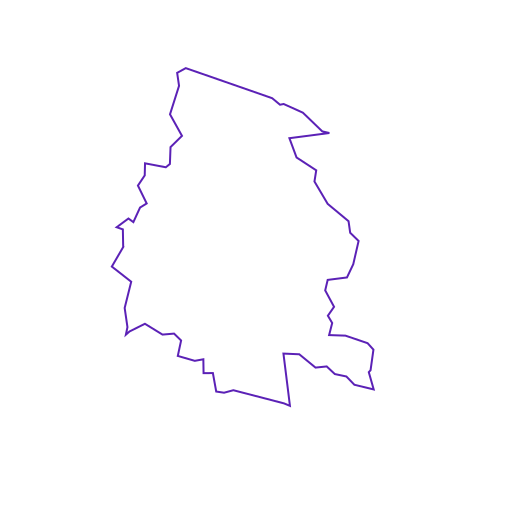 Logan, West Virginia, United States of America (Natural Earth projection), rotated 38°
{"feature_id": "52423323B11034045930208", "entity_name": "Logan", "entity_type": "district", "adm_level": 2, "iso_a3": "USA", "parent_name": "United States of America", "parent_adm1": "West Virginia", "projection": "natural_earth1", "projection_center": [-81.913, 37.833], "detail": "fine", "context": "isolated", "style": "outline", "palette": "violet", "viewbox_px": 512, "rotation_deg": 38, "n_neighbors": 0, "source": "geoboundaries", "source_scale": "gbopen_adm2", "svg_char_len": 1085}
<svg xmlns="http://www.w3.org/2000/svg" viewBox="0 0 512 512"><g transform="rotate(38 256 256)"><path d="M85.0,151.2L81.1,160.2L90.6,169.3L101.0,197.3L123.7,206.9L121.6,222.8L131.5,236.5L130.3,241.6L111.5,251.3L118.7,261.0L119.6,273.2L137.5,281.9L134.8,289.2L138.5,304.8L132.4,305.0L128.5,319.1L134.7,317.0L145.5,330.3L145.8,330.4L148.9,353.1L173.5,353.1L184.5,377.8L198.5,391.2L201.9,398.1L202.8,393.3L210.2,377.8L230.7,375.5L239.2,367.6L249.0,368.7L255.9,382.9L272.3,376.3L278.1,369.8L286.8,380.6L294.1,374.8L308.1,387.3L315.0,383.4L320.8,375.7L368.8,354.9L375.0,353.2L364.6,342.8L337.7,316.0L350.6,306.8L371.6,307.3L379.7,299.5L390.8,300.5L401.4,295.3L412.8,296.9L430.9,288.7L416.4,278.1L416.6,275.5L406.2,257.5L397.6,256.0L375.5,263.7L362.3,273.3L357.3,261.9L349.4,258.8L348.8,248.0L331.7,240.5L327.2,230.7L340.9,216.9L337.7,202.6L327.6,181.0L315.9,179.7L307.5,171.6L280.4,170.8L256.2,161.3L250.7,151.4L227.3,153.4L209.8,142.6L238.1,113.9L231.5,117.0L204.7,114.2L184.2,119.2L181.8,122.0L171.6,121.7L122.5,138.4L85.0,151.2Z" fill="none" stroke="#5b21b6" stroke-width="2"/></g></svg>